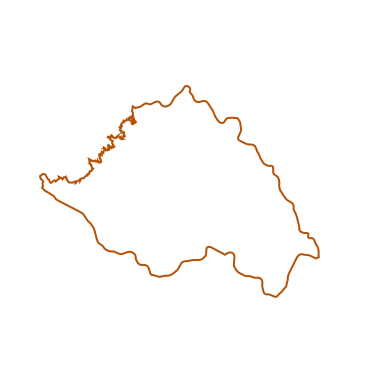 Pedro Santana, La Estrelleta, Dominican Republic, rotated 27°
{"feature_id": "3306468B44690790041357", "entity_name": "Pedro Santana", "entity_type": "district", "adm_level": 2, "iso_a3": "DOM", "parent_name": "Dominican Republic", "parent_adm1": "La Estrelleta", "projection": "natural_earth1", "projection_center": [-71.535, 19.169], "detail": "fine", "context": "isolated", "style": "outline", "palette": "amber", "viewbox_px": 384, "rotation_deg": 27, "n_neighbors": 0, "source": "geoboundaries", "source_scale": "gbopen_adm2", "svg_char_len": 5988}
<svg xmlns="http://www.w3.org/2000/svg" viewBox="0 0 384 384"><g transform="rotate(27 192 192)"><path d="M100.4,142.6L101.5,145.7L101.5,146.7L102.1,147.4L103.5,148.4L104.1,149.7L104.1,150.7L104.9,150.7L105.5,151.4L104.1,153.0L102.9,153.0L102.9,153.7L102.1,154.7L102.9,154.7L104.1,153.7L105.5,153.7L106.3,153.0L106.9,153.0L106.9,154.7L107.5,154.7L107.5,153.7L108.9,154.7L109.7,154.7L110.3,155.3L109.7,156.3L109.7,155.3L108.9,155.3L108.3,156.3L108.9,157.6L108.3,158.6L107.5,158.6L106.9,157.6L106.9,157.0L106.3,157.0L106.3,155.3L104.9,156.3L102.9,156.3L102.1,157.0L100.7,157.0L100.7,158.7L100.1,159.3L98.7,159.3L98.7,160.3L99.6,160.3L99.6,161.0L98.7,161.0L98.7,161.6L98.2,162.6L98.2,164.3L98.7,165.0L99.6,165.0L99.6,166.6L98.2,166.6L98.2,167.3L98.7,167.3L99.6,168.3L99.6,169.6L101.6,169.6L101.6,170.6L102.1,171.2L104.1,169.6L104.9,170.6L104.9,172.2L106.4,172.2L106.9,172.9L105.5,174.5L105.5,176.2L106.4,176.2L105.5,176.9L104.1,176.9L104.1,176.2L103.5,175.2L103.0,176.2L100.7,176.2L100.7,175.2L100.1,176.2L100.2,177.5L99.6,177.5L99.6,178.5L98.7,179.2L96.2,179.2L96.2,178.5L95.4,178.5L93.9,177.5L94.8,179.2L94.8,180.2L93.4,180.2L92.8,180.9L92.0,180.9L92.0,181.5L94.8,181.5L95.3,182.5L98.2,182.5L98.2,184.2L98.8,184.8L100.2,185.5L101.6,187.1L102.1,187.1L101.6,188.1L100.2,187.1L100.2,189.5L99.6,189.5L96.8,188.1L96.2,188.1L96.2,189.0L99.1,191.8L98.7,192.3L97.6,191.7L97.1,191.9L97.3,193.6L96.4,194.0L94.2,192.4L93.6,192.4L94.0,192.8L93.4,193.4L94.8,193.4L94.8,196.8L95.4,197.4L94.8,198.4L93.4,197.4L93.4,199.1L94.0,199.1L94.8,200.1L94.0,200.1L92.8,200.7L92.2,200.7L92.2,200.9L92.8,201.4L93.4,201.4L93.4,202.4L94.0,202.4L94.8,204.0L95.4,204.0L97.4,206.4L96.2,208.0L94.8,207.0L94.0,208.0L93.4,207.0L93.4,208.0L92.8,208.0L92.0,208.7L91.4,208.0L90.0,209.3L88.6,209.4L88.0,210.3L87.2,209.4L85.2,209.4L86.6,211.0L87.2,211.0L87.2,212.7L88.0,213.3L89.5,213.3L90.0,214.3L90.6,214.3L92.0,216.0L93.4,216.0L93.4,216.6L92.9,217.3L92.9,218.9L91.4,219.9L92.0,221.3L92.0,222.3L91.5,222.3L91.5,222.9L90.6,223.9L91.4,224.6L89.5,226.9L89.5,228.6L87.2,230.2L87.2,233.2L86.7,232.5L86.7,230.9L86.5,231.1L86.2,232.7L84.6,234.6L84.6,236.4L84.2,237.2L83.2,235.7L82.2,236.5L81.5,237.8L77.9,239.4L76.4,238.4L74.9,238.2L74.3,236.8L73.4,236.6L72.5,235.6L72.1,236.1L72.0,236.9L71.1,237.1L70.8,239.5L69.1,238.8L66.3,238.9L67.7,240.5L66.3,242.8L65.8,244.5L64.1,244.0L62.2,247.9L60.5,247.5L59.2,245.9L57.9,246.1L53.5,243.1L52.1,243.1L50.5,244.2L49.9,246.2L49.4,246.9L51.4,249.2L52.8,249.2L54.7,250.2L54.7,251.8L56.7,254.8L56.4,256.1L57.3,256.7L61.2,257.8L61.5,257.6L70.0,258.3L71.0,258.6L74.0,260.1L76.2,260.4L100.9,260.6L103.1,260.7L104.8,261.0L105.7,261.4L112.1,265.0L116.0,266.1L120.7,268.7L122.8,270.7L128.7,277.4L130.9,279.3L132.3,279.9L136.9,280.6L139.9,282.1L141.4,282.4L143.5,282.5L145.0,282.4L146.4,281.9L148.5,280.8L149.5,280.5L154.5,280.2L156.1,279.9L157.1,279.4L158.0,278.8L161.7,274.9L163.0,273.8L164.5,273.2L166.5,273.0L168.6,273.2L169.9,273.9L171.0,274.9L172.2,276.9L172.8,277.6L175.4,279.5L176.8,280.1L178.3,280.3L179.8,280.1L182.7,278.6L183.7,278.3L185.2,278.2L186.2,278.4L187.2,278.9L188.1,279.6L192.0,283.6L193.3,284.2L194.1,284.1L196.1,283.4L200.2,282.7L202.0,282.1L205.9,278.9L208.1,277.8L209.0,277.2L210.6,275.6L211.9,273.8L214.3,268.5L214.6,266.2L214.7,262.1L214.8,260.4L215.1,259.3L215.9,258.0L217.0,257.0L219.6,255.5L223.0,252.7L229.5,249.1L230.3,248.5L231.3,247.4L231.8,246.5L232.8,243.7L233.1,242.3L232.9,241.4L230.6,235.8L230.6,234.8L231.3,233.6L232.5,232.9L234.1,232.6L249.9,232.9L251.5,230.2L252.2,229.4L253.4,228.5L254.4,228.1L255.4,228.0L256.4,228.1L257.4,228.5L258.5,229.4L259.1,230.3L259.6,231.2L262.2,237.5L263.0,238.8L264.6,240.1L267.9,242.0L268.9,242.3L270.5,242.6L272.8,242.7L275.6,242.7L277.7,242.5L278.8,242.2L281.8,240.7L286.3,240.0L287.7,239.5L289.8,238.4L290.8,238.1L292.3,238.0L293.8,238.4L294.9,239.4L295.8,240.6L297.1,243.6L298.5,245.6L300.8,248.2L301.7,249.0L302.6,249.5L303.6,249.7L304.6,249.5L307.0,248.3L308.1,248.1L312.4,247.8L313.9,247.5L314.7,247.0L315.2,246.1L316.0,243.2L317.3,239.8L317.9,236.5L318.6,234.3L318.7,233.4L318.6,232.5L317.9,230.2L317.2,226.9L315.8,223.5L315.4,220.9L315.2,203.8L315.3,201.8L315.8,200.0L316.4,198.9L317.8,197.7L318.8,197.3L321.5,196.6L324.6,195.3L327.6,195.0L332.5,195.0L334.6,192.6L333.2,190.4L331.6,187.1L330.0,185.0L328.5,183.6L325.9,182.1L323.2,179.8L322.0,178.9L321.1,178.6L320.2,178.6L319.3,178.9L317.5,179.8L316.3,179.7L315.7,179.2L315.0,176.9L314.8,176.6L314.0,176.2L312.8,176.4L310.9,177.5L309.4,177.9L307.4,178.0L306.5,177.9L305.2,177.3L302.7,173.5L297.0,166.9L294.3,164.3L292.8,163.1L292.0,162.7L291.0,161.9L290.1,160.8L289.3,158.9L288.1,157.4L287.3,156.8L285.7,156.3L280.7,156.0L279.1,155.6L274.8,153.4L270.1,150.6L268.8,149.5L267.4,147.7L266.5,146.3L265.7,144.2L265.1,143.3L263.3,141.0L262.0,140.0L261.1,139.6L257.2,139.0L256.0,138.3L255.4,137.6L253.3,133.5L252.7,132.9L252.3,132.6L251.1,132.6L248.8,133.7L246.8,134.2L244.7,134.3L242.7,133.9L237.9,131.1L234.6,128.1L231.6,126.2L228.3,123.2L227.4,122.7L226.4,122.4L225.4,122.3L223.9,122.5L220.9,123.9L219.9,124.2L218.3,124.5L211.7,124.6L210.2,124.4L209.3,124.0L208.6,123.2L208.3,122.2L208.0,116.2L207.8,115.1L207.1,113.6L205.0,110.6L203.4,108.2L200.4,106.2L199.6,105.8L198.7,105.6L193.4,107.9L190.3,110.0L189.7,110.6L189.3,111.5L188.9,115.0L188.3,116.3L188.0,116.6L187.1,117.0L186.2,117.2L184.7,117.2L182.7,116.7L178.4,114.2L173.8,110.2L165.3,105.3L163.8,105.0L161.8,105.2L160.4,106.0L158.0,108.2L156.7,109.1L155.2,109.5L153.7,109.4L152.7,109.1L151.8,108.6L148.5,105.7L145.1,104.2L144.5,103.5L143.7,101.1L143.0,100.4L142.2,100.0L141.3,99.8L139.9,99.8L139.0,100.0L138.2,100.6L137.7,101.5L137.5,102.5L137.3,105.7L137.1,106.8L133.8,114.5L133.5,116.3L133.3,121.3L133.1,123.1L132.4,124.8L131.4,126.2L130.3,127.4L129.4,128.0L128.4,128.4L127.4,128.6L125.4,128.3L122.9,127.0L122.0,126.7L121.1,126.7L120.1,127.1L119.2,127.7L118.1,128.8L115.5,132.5L114.7,133.0L111.6,133.6L110.4,134.2L109.8,134.9L107.0,139.8L103.3,142.9L100.4,142.6Z" fill="none" stroke="#b45309" stroke-width="2"/></g></svg>